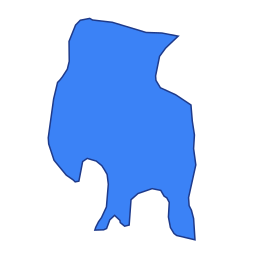 outline of Samayac, Suchitepéquez, Guatemala, rotated 6°
{"feature_id": "79465075B7655458484390", "entity_name": "Samayac", "entity_type": "district", "adm_level": 2, "iso_a3": "GTM", "parent_name": "Guatemala", "parent_adm1": "Suchitepéquez", "projection": "natural_earth1", "projection_center": [-91.468, 14.571], "detail": "fine", "context": "isolated", "style": "filled", "palette": "blue", "viewbox_px": 256, "rotation_deg": 6, "n_neighbors": 0, "source": "geoboundaries", "source_scale": "gbopen_adm2", "svg_char_len": 989}
<svg xmlns="http://www.w3.org/2000/svg" viewBox="0 0 256 256"><g transform="rotate(6 128 128)"><path d="M105.7,233.0L114.4,231.8L117.2,230.2L119.5,221.2L123.8,216.3L129.6,220.7L130.2,222.9L134.9,226.0L139.3,224.4L138.5,199.0L144.8,192.1L158.3,185.8L167.1,186.6L171.0,192.0L173.9,193.4L176.8,197.7L177.5,212.3L180.6,222.6L184.8,228.1L187.6,229.8L206.3,232.2L202.7,211.2L199.7,203.2L196.9,198.9L195.5,190.9L199.3,157.6L195.4,141.7L194.8,128.0L191.2,114.3L188.2,98.5L172.0,90.0L156.0,84.6L150.8,77.7L150.0,73.3L151.9,53.4L157.0,44.7L159.4,41.8L161.2,39.7L168.3,31.4L151.7,30.0L136.0,31.1L101.3,24.5L81.4,24.3L78.5,23.0L69.3,25.8L65.1,31.1L60.3,48.0L62.6,67.8L61.5,75.9L57.4,84.0L55.2,87.5L53.2,90.0L51.0,106.8L49.7,146.0L50.8,152.2L57.8,167.8L71.5,181.3L79.1,185.5L81.1,187.1L84.7,186.0L86.4,166.1L90.6,162.5L99.9,164.2L105.9,168.2L109.1,172.2L112.1,176.4L114.3,186.0L114.8,208.8L111.0,219.9L108.5,224.3L106.3,230.1L105.7,233.0Z" fill="#3b82f6" stroke="#1e3a8a" stroke-width="1.5"/></g></svg>